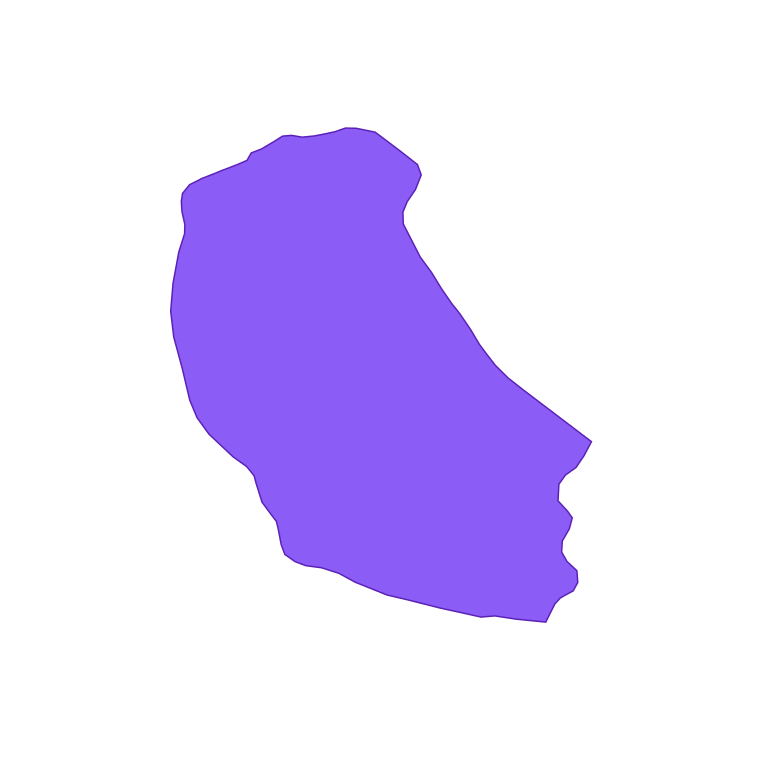 Djouori-Agnili, Haut-Ogooué, Gabon (orthographic projection), rotated 127°
{"feature_id": "22940354B21948278538135", "entity_name": "Djouori-Agnili", "entity_type": "district", "adm_level": 2, "iso_a3": "GAB", "parent_name": "Gabon", "parent_adm1": "Haut-Ogooué", "projection": "orthographic", "projection_center": [13.959, -1.472], "detail": "fine", "context": "isolated", "style": "filled", "palette": "violet", "viewbox_px": 768, "rotation_deg": 127, "n_neighbors": 0, "source": "geoboundaries", "source_scale": "gbopen_adm2", "svg_char_len": 1275}
<svg xmlns="http://www.w3.org/2000/svg" viewBox="0 0 768 768"><g transform="rotate(127 384 384)"><path d="M476.8,111.5L470.5,112.7L456.7,115.2L448.9,114.4L444.7,112.7L435.4,108.4L425.9,109.8L417.0,117.6L415.6,131.1L411.3,141.0L402.1,147.1L388.2,148.8L377.6,153.1L375.1,160.9L372.6,174.7L358.8,184.0L347.5,184.3L335.0,180.4L320.9,181.1L305.2,183.6L304.9,269.8L304.5,288.6L302.1,306.3L298.5,319.5L295.0,331.5L288.6,347.1L282.2,365.9L279.0,378.3L273.3,395.4L266.2,413.5L260.9,431.2L244.6,464.9L235.4,472.3L224.4,475.2L209.8,475.9L194.6,480.1L188.6,489.4L188.2,511.4L188.2,542.6L196.4,559.9L202.8,568.8L212.3,575.2L220.5,582.3L227.9,589.0L236.1,597.9L241.1,607.5L247.1,614.2L257.4,618.1L270.2,623.4L279.4,629.1L287.9,628.0L298.5,634.1L310.9,641.9L318.7,646.5L329.0,652.9L341.8,659.2L353.1,659.6L360.2,655.7L368.0,649.0L376.5,639.0L384.0,633.7L402.1,627.3L414.1,621.3L430.5,613.1L454.2,598.2L473.0,580.2L492.9,554.6L513.8,529.4L523.4,513.1L529.4,493.6L533.0,460.6L532.6,444.0L535.4,432.6L540.4,426.2L551.8,410.3L556.0,396.1L558.5,387.2L563.5,381.2L574.1,369.5L579.8,360.6L579.4,348.2L576.2,337.2L568.4,323.4L562.4,306.3L559.6,287.5L550.7,254.6L543.3,237.9L529.1,204.2L511.7,166.2L502.5,155.9L491.8,136.1L476.8,111.5Z" fill="#8b5cf6" stroke="#5b21b6" stroke-width="1.5"/></g></svg>